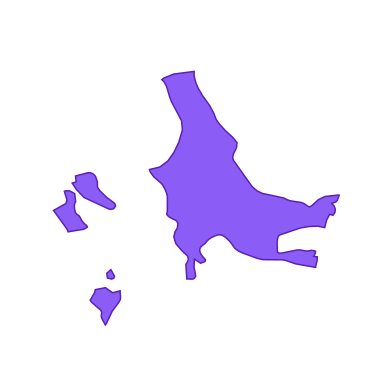 SVG path tracing the border of Sharjah, rotated 158°
{"feature_id": "ARE-348", "entity_name": "Sharjah", "entity_type": "Emirate", "adm_level": 1, "iso_a3": "ARE", "parent_name": "United Arab Emirates", "parent_adm1": "", "projection": "orthographic", "projection_center": [55.908, 25.102], "detail": "fine", "context": "isolated", "style": "filled", "palette": "violet", "viewbox_px": 384, "rotation_deg": 158, "n_neighbors": 0, "source": "natural_earth", "source_scale": "10m", "svg_char_len": 2991}
<svg xmlns="http://www.w3.org/2000/svg" viewBox="0 0 384 384"><g transform="rotate(158 192 192)"><path d="M223.0,228.8L212.6,227.2L202.8,229.8L193.9,235.5L192.8,236.5L185.5,243.2L177.7,253.1L175.0,261.8L177.2,283.5L177.1,288.8L176.0,299.3L176.6,304.5L177.9,307.5L175.3,308.2L164.8,308.2L144.8,303.0L146.2,299.8L146.7,297.6L147.2,294.5L147.5,290.8L147.4,286.0L146.1,277.2L143.2,265.4L142.3,257.0L142.4,250.4L142.0,248.3L141.1,244.7L138.2,236.7L133.8,227.5L131.8,221.0L131.9,220.8L131.9,220.7L133.4,217.7L134.2,216.5L135.5,215.1L138.7,212.3L140.1,210.7L141.2,208.9L141.6,207.2L141.6,205.4L134.2,174.4L131.2,168.6L127.1,164.2L108.9,151.9L107.0,149.6L105.0,147.7L103.0,146.3L94.7,141.4L92.6,139.5L89.9,135.4L88.4,134.1L86.0,134.5L77.5,137.6L70.3,138.0L57.2,134.3L56.7,133.9L60.4,129.8L62.7,128.9L66.6,129.1L65.4,125.6L65.6,122.2L67.2,119.4L70.1,117.6L72.7,119.8L77.8,115.4L82.3,109.3L88.2,113.2L95.9,116.0L104.8,118.0L126.4,119.3L128.1,118.9L129.5,117.7L131.9,113.6L135.3,104.2L134.2,102.8L131.5,101.7L116.2,98.9L113.3,97.7L109.4,95.2L106.9,93.9L102.8,93.1L99.8,91.0L99.6,90.8L100.5,89.1L103.3,86.7L100.1,85.0L101.7,81.5L105.0,77.0L105.5,75.8L106.3,76.2L122.9,86.6L130.5,93.2L133.7,95.3L151.6,102.7L156.4,106.1L168.2,116.7L171.4,120.4L173.4,123.7L175.1,131.1L177.7,137.1L179.7,140.1L181.4,141.5L183.8,142.5L187.1,142.7L190.7,142.5L194.2,141.8L196.1,141.0L199.0,139.5L202.8,138.4L204.7,137.6L206.0,136.4L206.8,134.8L207.1,132.7L206.8,130.2L206.2,127.8L204.9,124.3L205.3,123.3L206.1,122.6L210.7,122.7L214.9,128.9L218.3,121.4L219.5,114.9L220.3,112.3L222.3,111.1L223.9,110.9L229.4,113.3L224.8,127.2L222.8,128.6L221.8,129.5L220.7,130.8L220.3,132.7L220.1,134.3L223.3,141.2L226.2,149.7L226.3,151.3L225.6,157.3L222.8,161.3L219.1,164.1L216.8,168.1L216.9,169.4L217.1,170.8L218.1,172.3L221.4,175.9L222.7,177.8L223.7,179.9L223.7,181.0L222.1,183.4L216.5,197.1L216.0,200.8L216.0,204.3L216.4,208.6L217.2,211.4L221.6,220.0L223.2,226.0L223.0,228.7L223.0,228.8ZM271.1,205.8L274.2,206.5L275.8,207.7L294.1,227.3L298.4,238.0L298.8,240.6L299.8,245.1L295.6,244.8L294.0,250.5L281.5,248.9L279.0,248.0L276.9,245.8L275.6,242.7L275.9,237.0L276.9,234.3L277.7,232.5L277.6,230.3L276.6,226.8L273.1,219.0L268.1,210.7L267.9,208.8L268.2,207.5L271.1,205.8ZM327.3,226.8L313.4,228.5L312.2,229.8L310.9,231.3L310.1,240.5L308.6,240.4L305.2,239.1L301.4,234.5L303.5,226.6L305.0,225.3L306.4,223.1L307.4,219.4L307.7,216.9L307.4,215.0L306.6,213.8L305.7,212.4L305.3,210.7L304.9,206.6L304.2,204.4L303.4,202.4L302.5,200.9L302.1,199.8L302.2,198.6L304.6,198.1L306.8,198.1L320.4,201.2L321.8,201.4L321.8,204.5L327.3,226.8ZM318.2,137.7L308.1,135.7L303.3,128.3L295.6,127.3L296.5,125.2L297.2,122.4L298.6,119.3L301.2,117.1L310.7,111.3L321.0,101.8L322.2,101.2L323.0,108.8L322.7,110.9L320.7,114.4L321.0,117.0L323.5,121.5L324.7,124.3L325.9,126.2L326.7,128.4L326.9,130.0L326.5,130.1L320.1,135.1L318.2,137.7ZM299.0,141.3L302.7,144.0L301.4,148.6L296.3,150.4L295.4,142.8L296.8,141.4L299.0,141.3Z" fill="#8b5cf6" stroke="#5b21b6" stroke-width="1.5"/></g></svg>